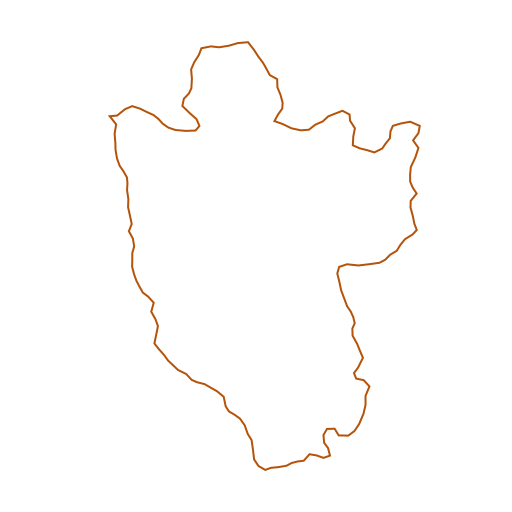 outline of Divisa Nova, Minas Gerais, Brazil, rotated 275°
{"feature_id": "56859067B77577682938922", "entity_name": "Divisa Nova", "entity_type": "district", "adm_level": 2, "iso_a3": "BRA", "parent_name": "Brazil", "parent_adm1": "Minas Gerais", "projection": "albers", "projection_center": [-46.241, -21.515], "detail": "fine", "context": "isolated", "style": "outline", "palette": "amber", "viewbox_px": 512, "rotation_deg": 275, "n_neighbors": 0, "source": "geoboundaries", "source_scale": "gbopen_adm2", "svg_char_len": 2379}
<svg xmlns="http://www.w3.org/2000/svg" viewBox="0 0 512 512"><g transform="rotate(275 256 256)"><path d="M382.5,98.1L375.0,105.2L365.4,104.5L356.0,106.1L349.6,106.8L341.1,109.0L334.0,112.3L328.8,116.6L323.0,120.6L317.2,121.6L310.4,121.8L301.5,123.9L293.5,124.3L284.3,127.2L277.0,129.4L269.6,127.2L262.5,131.9L254.9,133.8L248.1,132.5L241.3,133.1L234.6,133.5L227.2,136.1L220.8,139.1L215.6,142.4L209.7,146.4L206.1,152.2L200.5,158.2L191.4,156.5L184.0,161.5L177.6,164.4L169.3,163.5L160.0,162.4L154.6,167.5L149.4,173.0L144.1,177.6L139.5,183.5L135.6,188.3L132.4,196.7L127.0,202.7L125.1,208.3L123.9,215.9L120.5,223.2L117.8,229.1L112.9,236.1L103.6,238.9L98.8,242.6L96.0,248.5L92.6,254.2L86.4,259.5L78.0,263.3L72.1,267.7L63.9,269.6L53.1,271.9L47.0,276.8L43.7,283.9L46.3,289.4L47.6,296.6L49.7,304.6L52.9,309.6L54.9,315.2L56.2,321.4L63.2,326.6L62.6,333.8L60.8,340.9L63.6,347.1L71.0,344.5L75.8,340.2L83.5,338.8L89.9,341.8L90.8,349.4L84.5,354.0L85.1,363.6L90.2,369.3L97.6,373.4L108.1,376.8L117.2,378.1L126.2,377.3L136.0,380.4L141.7,374.1L142.6,366.5L147.9,363.8L153.7,367.4L163.9,371.4L171.4,367.4L177.0,364.6L185.0,359.2L192.1,358.3L197.6,360.2L203.4,358.3L208.8,355.3L213.8,351.2L220.9,347.8L229.3,343.8L238.1,341.1L245.7,338.5L252.4,339.8L255.7,347.4L255.5,358.9L257.7,369.5L260.0,379.6L263.5,385.0L269.0,389.6L273.5,395.8L279.4,398.7L285.8,403.0L291.0,410.0L295.9,413.9L302.1,410.9L310.0,408.6L317.7,405.7L324.4,405.3L332.2,410.6L337.9,406.1L343.5,403.1L350.8,402.4L358.2,402.5L367.9,406.1L377.8,408.4L384.9,402.4L392.5,407.1L399.9,407.8L403.2,397.9L400.7,388.9L397.6,381.0L391.9,379.1L384.9,379.1L379.4,375.4L374.1,372.4L369.5,364.9L371.1,357.5L372.3,350.0L374.7,342.8L383.6,342.5L391.9,343.4L399.0,337.9L405.1,336.9L408.2,329.5L404.2,321.3L401.4,315.8L395.9,310.8L391.9,303.5L386.4,297.7L385.1,289.7L386.3,280.2L389.8,271.0L392.0,262.6L399.0,265.7L405.1,269.3L410.9,269.2L418.6,266.4L426.0,262.6L434.0,261.7L437.4,254.0L443.2,250.2L449.0,246.2L454.8,241.0L461.3,235.9L468.3,229.4L466.5,219.3L463.1,210.6L460.7,201.0L460.9,192.8L458.2,183.5L451.4,181.6L443.7,177.6L436.2,175.1L427.0,176.7L417.4,177.0L411.9,174.9L406.3,170.4L399.0,169.6L392.2,178.0L387.1,184.9L380.6,188.3L375.7,184.8L374.5,175.0L374.5,164.8L376.3,157.4L379.7,151.5L384.0,146.9L387.5,141.6L389.9,134.8L392.8,127.3L394.5,119.6L390.8,112.7L383.8,105.4L382.5,98.1Z" fill="none" stroke="#b45309" stroke-width="2"/></g></svg>